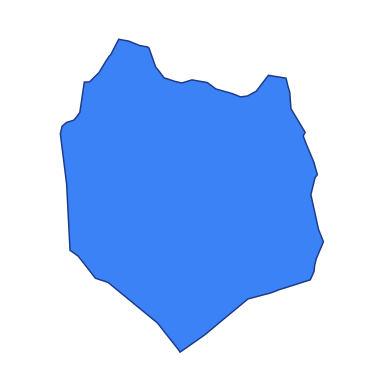 outline of Ikot Ekpene, Akwa Ibom, Nigeria, rotated 175°
{"feature_id": "59680162B36804655757784", "entity_name": "Ikot Ekpene", "entity_type": "district", "adm_level": 2, "iso_a3": "NGA", "parent_name": "Nigeria", "parent_adm1": "Akwa Ibom", "projection": "albers", "projection_center": [7.709, 5.2], "detail": "fine", "context": "isolated", "style": "filled", "palette": "blue", "viewbox_px": 384, "rotation_deg": 175, "n_neighbors": 0, "source": "geoboundaries", "source_scale": "gbopen_adm2", "svg_char_len": 960}
<svg xmlns="http://www.w3.org/2000/svg" viewBox="0 0 384 384"><g transform="rotate(175 192 192)"><path d="M284.5,310.6L289.7,310.9L296.8,281.1L299.9,277.4L303.6,273.8L311.0,272.2L315.7,268.8L318.1,261.4L317.7,251.6L317.4,243.1L317.2,237.9L316.2,210.9L318.6,144.5L311.0,138.1L295.7,114.5L283.6,109.3L237.8,64.5L218.6,35.1L217.9,33.5L192.1,48.4L145.6,80.6L121.3,84.8L114.1,87.0L81.8,94.2L77.4,102.1L76.1,108.6L73.8,115.2L73.6,115.5L65.4,130.9L69.3,144.0L70.6,154.2L73.8,179.0L68.2,195.5L65.6,198.3L67.9,210.7L74.4,231.1L76.3,238.1L74.1,241.6L86.2,266.4L85.9,282.7L87.2,288.9L88.4,297.2L105.7,301.6L119.2,286.8L128.4,282.8L135.4,282.5L143.0,286.4L159.3,292.6L167.2,299.7L182.3,303.7L192.6,301.5L199.4,303.7L209.9,308.2L215.6,317.3L217.3,319.5L222.3,339.2L224.0,340.5L231.2,342.4L236.9,345.3L242.0,347.9L245.7,348.9L251.7,350.5L261.0,335.8L262.5,334.7L266.1,330.2L274.4,318.9L278.1,315.9L284.5,310.6Z" fill="#3b82f6" stroke="#1e3a8a" stroke-width="1.5"/></g></svg>